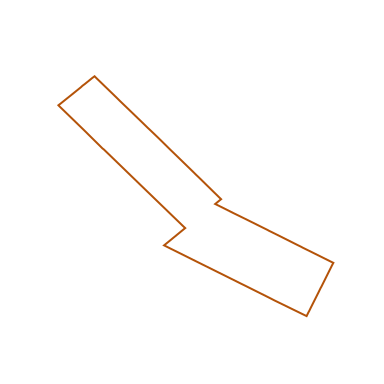 Quitilipi, Chaco, Argentina (Equal Earth projection), rotated 116°
{"feature_id": "61730980B60915850555314", "entity_name": "Quitilipi", "entity_type": "district", "adm_level": 2, "iso_a3": "ARG", "parent_name": "Argentina", "parent_adm1": "Chaco", "projection": "equal_earth", "projection_center": [-60.193, -26.7], "detail": "fine", "context": "isolated", "style": "outline", "palette": "amber", "viewbox_px": 384, "rotation_deg": 116, "n_neighbors": 0, "source": "geoboundaries", "source_scale": "gbopen_adm2", "svg_char_len": 1043}
<svg xmlns="http://www.w3.org/2000/svg" viewBox="0 0 384 384"><g transform="rotate(116 192 192)"><path d="M223.6,34.3L221.6,34.3L220.6,34.2L196.7,34.0L193.7,33.9L193.7,37.4L193.5,66.4L193.5,68.1L193.4,69.9L193.4,73.4L193.1,102.4L193.1,105.6L193.1,106.0L193.0,107.3L192.8,138.4L192.8,141.9L192.8,142.9L192.8,144.5L192.8,145.6L192.6,163.8L192.6,165.2L192.6,165.9L188.5,164.0L185.7,162.7L184.6,166.1L175.7,192.8L174.7,196.0L173.6,199.2L173.5,199.5L164.7,226.3L163.6,229.7L158.0,246.4L157.1,249.2L154.3,258.0L153.7,260.0L152.6,263.3L151.9,265.4L141.7,296.9L140.6,300.1L134.0,320.3L131.8,327.1L130.7,330.3L133.4,331.7L142.0,335.7L144.5,337.0L146.6,337.8L170.0,348.8L172.6,350.1L173.1,348.8L183.6,316.6L192.1,291.5L192.4,289.9L208.3,241.2L211.1,232.6L226.4,185.6L227.4,182.3L248.5,192.0L252.2,193.7L252.3,185.3L252.9,107.9L252.9,106.7L252.9,103.4L253.2,74.3L253.3,70.6L253.3,66.1L253.3,43.4L253.3,34.6L251.4,34.6L249.4,34.6L247.6,34.5L245.2,34.5L243.8,34.5L226.6,34.3L225.2,34.3L223.6,34.3Z" fill="none" stroke="#b45309" stroke-width="2"/></g></svg>